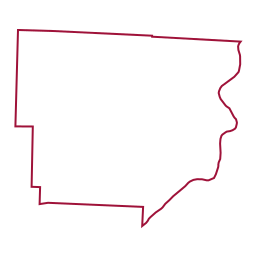 Monroe, Ohio, United States of America
{"feature_id": "52423323B17076198557768", "entity_name": "Monroe", "entity_type": "district", "adm_level": 2, "iso_a3": "USA", "parent_name": "United States of America", "parent_adm1": "Ohio", "projection": "equal_earth", "projection_center": [-80.93, 39.705], "detail": "fine", "context": "isolated", "style": "outline", "palette": "rose", "viewbox_px": 256, "rotation_deg": 0, "n_neighbors": 0, "source": "geoboundaries", "source_scale": "gbopen_adm2", "svg_char_len": 1009}
<svg xmlns="http://www.w3.org/2000/svg" viewBox="0 0 256 256"><path d="M240.6,41.6L152.1,36.7L152.1,35.7L52.5,31.0L18.0,30.0L15.4,126.4L32.8,126.5L31.6,186.8L40.1,187.1L39.6,204.1L48.0,202.8L143.1,206.9L142.2,226.0L146.1,222.9L147.7,220.9L148.9,218.7L150.7,216.9L155.8,212.4L161.2,208.7L162.6,207.4L165.3,203.8L169.4,200.1L173.2,196.2L185.2,186.2L188.3,182.8L190.0,181.5L193.4,179.9L197.1,179.2L202.2,179.3L206.6,180.3L208.6,180.3L214.0,178.0L215.9,174.2L218.2,167.1L218.4,165.4L218.3,164.8L218.7,162.4L220.2,159.0L220.6,152.9L220.1,143.6L220.3,140.8L220.5,138.8L221.5,135.7L222.4,134.6L225.6,132.3L226.8,131.6L230.1,131.1L232.6,130.2L235.0,128.7L235.9,127.4L236.8,123.7L236.9,122.4L236.0,119.2L235.2,118.4L234.7,117.9L233.7,116.5L229.4,108.3L226.4,106.3L225.5,105.4L220.7,99.1L219.7,96.8L218.7,93.0L219.0,91.3L220.3,88.1L221.8,86.0L234.3,76.8L238.5,72.1L239.0,70.6L240.2,64.3L240.1,56.4L239.9,54.9L238.4,50.0L238.1,46.5L238.5,45.0L239.3,43.3L240.6,41.6Z" fill="none" stroke="#9f1239" stroke-width="2"/></svg>